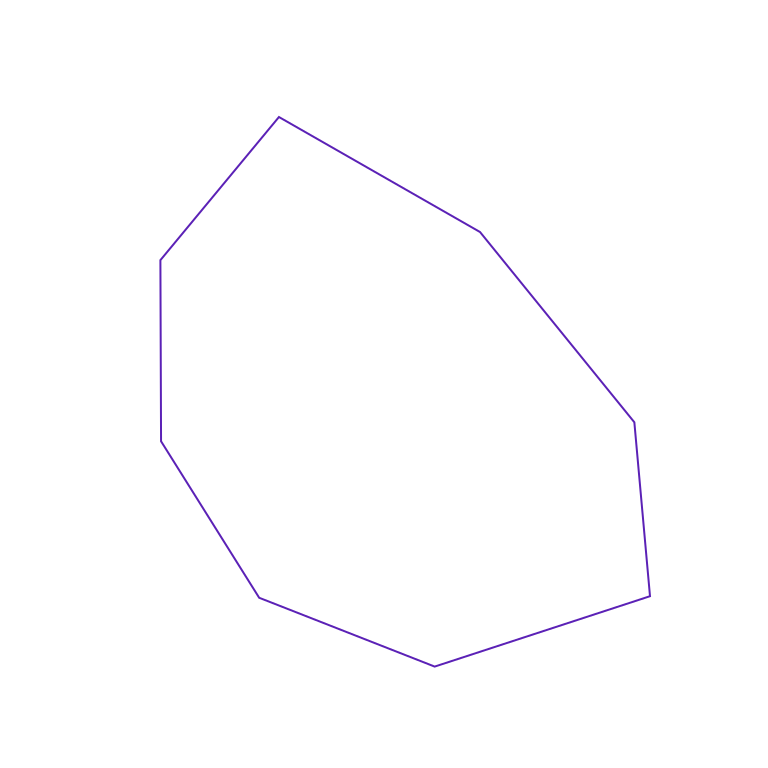 an SVG outline of Angaur, rotated 164°
{"feature_id": "PLW-5246", "entity_name": "Angaur", "entity_type": "state/province", "adm_level": 1, "iso_a3": "PLW", "parent_name": "Palau", "parent_adm1": "", "projection": "orthographic", "projection_center": [134.158, 6.91], "detail": "fine", "context": "isolated", "style": "outline", "palette": "violet", "viewbox_px": 768, "rotation_deg": 164, "n_neighbors": 0, "source": "natural_earth", "source_scale": "10m", "svg_char_len": 273}
<svg xmlns="http://www.w3.org/2000/svg" viewBox="0 0 768 768"><g transform="rotate(164 384 384)"><path d="M411.4,669.6L249.8,503.6L153.9,278.2L186.8,106.7L413.2,98.4L562.9,212.9L614.1,390.4L564.8,564.7L411.4,669.6Z" fill="none" stroke="#5b21b6" stroke-width="2"/></g></svg>